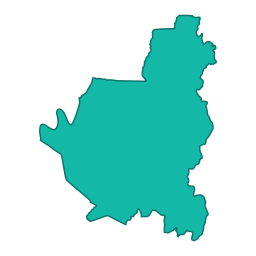 the district of Palestina, Guayas, Ecuador
{"feature_id": "8360857B38620743711757", "entity_name": "Palestina", "entity_type": "district", "adm_level": 2, "iso_a3": "ECU", "parent_name": "Ecuador", "parent_adm1": "Guayas", "projection": "robinson", "projection_center": [-79.904, -1.631], "detail": "fine", "context": "isolated", "style": "filled", "palette": "teal", "viewbox_px": 256, "rotation_deg": 0, "n_neighbors": 0, "source": "geoboundaries", "source_scale": "gbopen_adm2", "svg_char_len": 5805}
<svg xmlns="http://www.w3.org/2000/svg" viewBox="0 0 256 256"><path d="M40.4,140.3L49.5,146.1L54.4,149.9L61.2,154.4L61.6,155.5L62.3,159.1L65.3,175.9L66.5,180.0L76.7,188.9L78.2,190.0L90.0,200.2L90.4,202.1L93.1,203.4L96.4,205.5L96.3,205.9L95.7,206.9L94.2,207.4L93.3,209.0L92.2,209.6L91.3,211.0L90.3,212.1L89.5,212.5L87.8,215.0L86.9,215.7L86.7,216.1L86.8,216.8L87.1,217.3L87.2,218.5L87.7,218.8L87.4,219.3L90.5,221.4L106.4,215.8L107.2,215.6L108.1,215.7L125.7,224.6L126.1,222.7L126.5,222.0L126.7,221.3L127.5,220.2L127.8,220.1L129.8,220.0L130.5,219.4L130.9,218.5L131.0,217.8L130.6,216.7L131.4,216.5L133.0,216.6L133.5,216.5L133.7,215.6L134.1,215.0L135.0,213.9L137.2,212.7L137.3,212.3L137.3,211.3L137.5,210.3L137.8,209.8L138.5,209.1L139.0,209.2L140.1,210.5L140.2,211.2L141.0,213.9L141.3,214.2L141.5,214.6L141.3,216.7L147.4,216.5L148.6,215.7L149.8,214.3L151.0,212.5L151.6,211.0L152.1,210.5L152.8,210.2L153.4,210.1L155.0,210.4L156.2,210.9L158.3,212.7L159.6,213.5L160.5,214.7L162.4,215.2L163.9,215.1L164.4,215.2L164.9,215.7L164.5,218.4L164.6,219.2L164.2,220.8L164.7,224.4L164.3,229.2L164.4,230.7L164.4,232.3L166.1,232.6L168.7,232.7L170.7,231.5L172.8,230.6L176.3,227.8L176.7,227.8L176.9,228.0L177.0,228.3L175.9,230.4L176.1,231.0L176.7,231.3L177.8,234.2L177.9,234.7L177.4,235.5L177.5,235.9L178.1,236.6L178.3,236.2L178.8,235.7L180.3,234.6L181.0,234.4L182.9,234.6L183.7,234.2L184.4,233.6L185.3,232.5L186.7,230.6L187.0,230.5L188.3,231.3L189.2,231.4L190.9,231.3L191.6,231.7L192.5,232.8L192.8,233.9L192.8,234.3L191.9,236.9L191.8,239.2L191.9,239.6L192.3,240.0L194.0,240.6L195.6,240.0L196.9,239.2L197.7,238.4L199.1,236.5L200.3,235.4L201.3,234.8L202.0,233.9L202.5,232.6L203.5,228.8L203.8,225.9L205.1,222.8L205.7,218.8L206.3,216.5L206.9,215.7L207.8,215.0L208.1,214.2L208.0,213.3L205.5,207.4L204.8,205.3L204.8,204.9L205.5,203.1L205.6,201.7L203.8,197.0L203.2,196.2L202.7,195.8L200.9,195.1L199.9,194.9L196.9,195.3L194.6,196.5L194.3,196.3L193.7,195.4L193.5,194.6L193.8,192.7L194.1,191.7L194.5,190.7L194.6,189.9L194.2,187.7L193.8,186.8L193.5,186.5L193.0,186.2L190.2,186.1L188.7,185.7L188.0,185.0L187.7,184.1L187.7,183.3L187.9,182.8L188.5,181.7L188.7,180.9L188.6,179.9L187.5,177.3L187.5,176.4L187.6,175.8L188.7,173.7L188.8,173.2L188.7,168.8L189.5,168.6L191.1,169.0L192.6,169.0L193.4,168.5L194.6,167.1L195.2,165.7L195.8,165.1L196.4,164.6L198.4,163.9L198.8,163.6L199.3,162.4L199.8,160.0L201.0,158.8L202.1,158.0L202.1,156.3L201.6,154.8L200.4,152.4L199.9,150.2L199.7,149.1L199.8,146.1L202.1,144.9L204.1,144.1L205.0,144.1L205.8,142.4L205.9,140.5L206.4,139.3L206.9,138.4L208.7,136.6L213.0,128.6L213.1,127.1L212.4,123.2L211.9,122.3L210.2,120.3L209.2,117.2L208.8,116.5L207.9,115.3L207.5,114.2L207.2,112.9L207.1,110.6L206.2,107.2L205.7,106.4L205.8,105.9L207.1,103.6L207.2,102.7L207.0,102.0L206.4,101.7L203.9,101.2L202.1,101.5L201.8,101.4L201.3,100.1L201.1,98.5L200.7,97.4L199.6,96.8L199.0,96.2L198.1,95.0L197.1,93.4L196.4,91.7L196.4,91.2L196.4,90.6L197.0,89.6L197.7,89.3L198.4,89.7L199.0,89.9L199.5,89.6L200.9,87.9L202.0,87.0L202.5,86.4L202.6,84.2L202.8,83.5L203.1,82.8L203.2,81.2L202.4,80.1L200.4,78.2L200.3,77.8L200.8,75.9L202.3,73.7L202.4,72.2L203.3,70.3L203.4,69.4L203.7,68.7L204.1,68.3L205.7,67.9L206.2,67.4L206.7,65.3L207.9,64.6L208.7,63.6L209.3,63.6L210.7,64.4L211.3,64.5L212.3,64.0L213.6,64.1L214.6,63.3L216.0,62.6L216.2,62.3L216.3,61.8L216.0,61.1L214.6,59.5L214.5,59.0L214.4,56.9L214.2,55.6L214.4,54.6L214.5,53.7L214.0,51.7L213.4,51.4L213.1,51.1L213.0,50.7L213.1,50.3L213.3,49.8L214.1,49.2L215.4,48.9L215.6,48.7L215.8,48.3L215.8,47.6L215.4,46.2L215.0,45.6L214.3,45.4L213.8,45.6L213.3,46.6L212.7,46.7L212.4,46.6L212.2,46.3L212.2,45.9L212.8,44.4L212.7,43.9L209.7,41.9L209.1,41.7L207.4,41.7L206.6,42.0L204.7,44.2L204.3,44.4L203.7,44.5L203.5,44.1L202.3,41.4L202.1,39.6L201.6,38.1L202.2,36.2L202.4,35.1L202.3,34.0L202.2,33.7L201.8,33.7L201.1,34.8L200.3,35.8L199.4,36.3L198.5,36.6L197.7,36.4L197.0,35.4L196.1,32.1L196.4,31.1L196.9,30.1L197.6,29.2L198.0,28.4L197.9,27.9L197.3,27.2L197.3,26.8L198.2,25.1L199.2,24.4L199.4,24.0L199.4,22.9L199.2,22.3L199.1,20.9L199.7,20.1L199.9,19.5L200.0,18.3L200.0,17.8L199.7,17.4L199.4,17.3L198.7,17.3L196.8,17.5L194.9,17.4L192.9,16.9L192.6,16.6L192.4,15.8L188.7,15.5L180.5,15.5L180.3,15.6L179.7,15.4L179.3,15.4L178.7,16.2L177.3,17.3L176.7,17.9L176.4,20.1L175.9,22.0L175.5,22.6L175.1,22.9L174.7,23.4L174.9,24.9L174.5,27.5L174.6,28.6L160.5,29.1L154.4,29.6L153.9,30.2L152.8,31.2L152.4,32.3L152.4,32.7L152.8,34.5L152.8,34.9L152.4,35.4L152.5,35.8L152.7,36.2L152.7,36.6L152.3,38.3L151.6,39.1L151.1,40.2L150.6,40.5L150.5,42.2L150.6,43.0L149.9,44.6L150.0,44.9L150.5,45.1L150.6,45.3L150.7,46.6L150.4,47.1L150.3,47.8L150.4,48.3L151.1,49.6L151.3,50.6L151.1,51.0L150.0,52.3L148.5,53.7L148.6,54.9L148.5,55.5L147.1,56.7L146.8,57.3L146.3,57.8L146.0,59.0L145.7,59.5L145.5,60.4L144.5,61.8L144.4,62.3L144.6,63.4L144.4,64.6L144.2,64.9L144.3,65.6L144.1,66.3L143.8,66.6L143.2,66.8L143.1,67.7L142.8,68.0L143.0,69.5L142.5,70.8L142.5,71.6L142.2,72.8L142.4,74.0L142.3,74.9L142.4,75.6L142.8,76.3L144.3,78.0L144.9,78.6L145.2,79.1L145.2,79.7L146.0,80.7L145.9,81.0L145.3,81.3L117.7,80.8L110.9,79.9L107.3,80.1L106.1,79.7L105.1,79.2L104.4,79.1L103.0,79.3L99.2,78.4L98.6,78.4L97.2,79.1L95.6,78.2L93.4,78.1L92.9,77.9L92.1,81.6L91.7,82.9L86.3,92.5L85.7,93.1L81.6,95.9L81.2,96.4L80.9,97.1L80.9,97.7L79.1,98.0L79.4,99.9L79.7,102.5L79.2,105.0L77.2,111.6L74.6,119.1L72.8,122.9L72.2,123.8L71.7,124.3L70.6,124.7L69.3,124.0L68.3,122.7L64.3,113.2L62.8,111.2L61.0,109.5L60.5,109.3L59.5,109.1L58.0,109.6L57.0,111.1L56.7,111.9L56.6,112.8L56.6,113.6L57.4,116.0L57.8,118.5L58.1,121.5L58.0,123.8L57.5,125.7L56.7,127.6L55.7,128.9L54.2,129.8L53.5,129.7L51.8,129.1L49.0,127.7L47.0,126.2L44.4,124.7L42.6,124.2L41.2,124.8L40.7,125.5L40.2,126.6L39.8,129.7L39.7,131.6L40.7,138.4L40.7,139.4L40.4,140.3Z" fill="#14b8a6" stroke="#0f766e" stroke-width="1.5"/></svg>